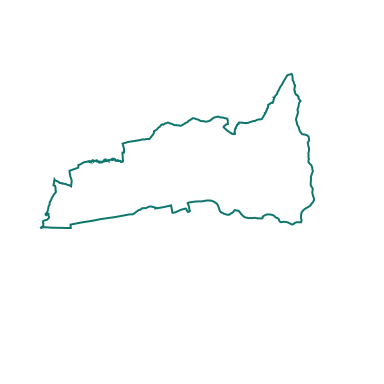 Arcus, Covasna, Romania, rotated 148°
{"feature_id": "2599482B44539906477830", "entity_name": "Arcus", "entity_type": "district", "adm_level": 2, "iso_a3": "ROU", "parent_name": "Romania", "parent_adm1": "Covasna", "projection": "mercator", "projection_center": [25.745, 45.912], "detail": "fine", "context": "isolated", "style": "outline", "palette": "teal", "viewbox_px": 384, "rotation_deg": 148, "n_neighbors": 0, "source": "geoboundaries", "source_scale": "gbopen_adm2", "svg_char_len": 6002}
<svg xmlns="http://www.w3.org/2000/svg" viewBox="0 0 384 384"><g transform="rotate(148 192 192)"><path d="M302.0,275.5L304.8,272.3L305.9,271.3L305.9,270.9L304.9,270.0L304.9,269.4L305.8,267.3L307.1,265.2L307.1,264.5L307.7,263.9L310.6,263.0L312.4,262.0L314.1,261.3L315.2,260.2L318.2,258.6L319.3,257.0L319.8,256.5L321.3,255.8L322.4,254.4L325.0,251.9L327.9,250.8L328.2,250.2L327.9,249.6L326.8,249.9L325.6,249.9L325.2,249.6L325.2,249.3L326.2,248.3L326.4,246.9L326.7,246.2L327.5,245.7L329.6,245.3L333.3,246.3L334.5,245.3L334.7,244.8L334.6,244.2L334.8,243.9L336.3,242.0L338.5,241.9L339.0,241.8L338.9,241.4L336.8,240.9L336.0,240.5L329.8,236.0L313.9,225.7L312.3,228.7L302.8,225.1L291.0,220.1L283.6,217.3L270.3,211.4L257.0,206.2L254.3,204.6L253.0,204.4L250.0,204.7L246.8,204.9L245.0,204.3L243.2,204.7L242.6,204.5L239.7,202.8L236.0,202.3L235.1,201.9L233.8,200.8L230.9,197.7L231.5,197.3L224.6,194.4L216.8,191.7L219.6,184.8L219.2,184.5L217.4,183.7L210.5,182.7L206.5,181.5L205.9,180.9L206.2,178.2L206.1,177.3L205.8,177.1L204.2,176.8L203.9,176.9L203.3,179.3L202.4,180.7L201.6,184.9L200.7,184.9L195.2,182.6L192.7,181.3L188.2,178.6L186.5,178.1L185.6,177.5L184.0,177.0L182.0,175.8L181.4,175.2L180.4,174.6L179.5,173.5L178.2,171.5L177.4,169.6L177.0,167.9L177.7,163.8L178.4,161.4L178.3,159.5L177.6,158.8L176.3,156.4L174.1,154.0L172.9,153.2L171.3,153.0L170.6,153.2L168.3,153.0L165.6,154.0L164.9,153.8L164.3,152.9L162.8,151.7L162.4,151.2L162.3,149.9L162.0,148.9L162.1,147.6L161.5,145.2L160.8,142.8L157.9,139.9L154.3,137.7L152.8,137.1L149.6,134.3L148.9,134.0L146.6,132.5L146.1,132.5L145.5,132.9L145.1,133.6L144.8,133.7L143.0,133.7L140.4,133.3L139.6,132.9L137.0,131.0L135.2,129.0L134.7,126.8L134.1,125.4L132.9,123.8L132.8,123.0L133.1,122.0L133.2,121.0L133.1,120.0L132.9,119.6L132.0,118.9L130.4,118.3L128.1,116.8L126.9,115.4L124.5,111.6L124.0,111.3L122.9,111.0L121.5,111.3L119.5,111.0L118.4,110.4L117.0,109.4L116.3,109.1L115.5,108.5L114.0,110.1L113.8,110.6L113.8,111.1L113.4,112.0L111.5,114.9L110.7,115.8L109.9,116.5L107.9,117.4L105.7,117.8L104.0,117.9L102.1,117.7L99.1,117.7L96.6,118.8L95.4,119.1L93.6,120.0L92.3,121.0L91.9,121.7L91.8,123.3L90.4,127.6L89.2,129.2L88.2,130.2L87.9,130.8L87.7,132.0L87.9,133.3L87.8,133.9L87.5,135.1L87.1,135.9L86.5,136.9L85.7,137.8L84.8,139.2L84.0,139.9L83.8,141.0L83.3,141.7L80.2,144.3L78.9,145.1L78.4,145.7L78.0,147.3L77.2,148.5L77.1,149.7L76.6,151.0L76.6,151.6L77.2,153.5L77.4,155.6L76.3,157.2L75.3,158.0L75.3,158.8L75.0,159.5L73.9,161.0L72.8,163.1L70.9,165.1L69.6,166.9L69.1,169.0L67.8,172.4L67.3,172.8L65.9,173.3L65.3,173.7L64.4,175.6L63.9,176.9L63.9,177.8L64.5,179.3L66.2,181.2L67.8,182.5L68.1,183.4L68.3,186.0L68.2,187.1L67.2,190.6L67.1,193.4L66.0,196.2L65.7,197.7L65.0,198.9L60.3,202.9L59.5,204.3L59.2,205.3L58.3,206.6L56.8,207.6L54.8,209.9L53.7,210.9L51.7,211.7L52.1,214.5L51.7,215.8L51.3,216.0L51.2,216.4L51.3,216.9L51.4,218.4L52.0,218.7L52.1,219.1L52.1,221.8L51.4,222.5L51.4,223.7L51.3,224.1L50.8,224.6L50.7,225.1L49.4,226.3L49.0,227.1L48.5,227.3L48.0,228.0L48.2,228.8L48.0,230.0L47.4,231.4L47.3,233.7L45.6,236.6L45.0,238.3L45.0,239.4L49.3,240.5L56.4,236.9L59.4,235.1L61.0,234.6L64.8,232.2L66.4,231.5L68.2,229.9L70.2,229.5L72.3,228.4L72.6,228.6L72.6,227.9L73.8,227.2L74.9,225.8L76.0,225.4L76.3,224.9L76.7,224.9L77.6,225.7L78.9,225.5L81.3,225.5L81.8,224.6L82.2,224.4L82.4,223.8L83.2,223.1L84.6,222.6L84.7,222.2L85.3,221.7L85.9,221.6L86.3,221.0L87.3,220.6L87.6,220.2L88.4,220.3L88.5,219.7L94.1,216.9L95.6,217.3L96.6,218.1L99.0,218.8L100.7,218.8L102.3,219.6L108.3,221.1L110.9,222.6L112.9,224.4L114.0,225.0L114.5,225.5L115.2,225.9L115.6,226.0L116.4,225.1L116.9,225.4L117.8,225.2L118.0,224.9L118.5,224.9L118.7,224.4L119.3,224.3L121.1,223.2L121.2,222.7L122.0,222.6L123.8,220.7L124.5,219.6L124.3,219.2L124.9,218.5L126.4,219.2L126.4,219.6L127.3,220.2L127.6,220.8L127.5,221.1L127.7,221.5L128.5,222.5L128.8,223.9L129.1,224.3L129.6,225.5L130.9,230.2L130.2,230.8L128.3,231.0L127.4,231.3L125.5,230.6L124.6,232.4L123.7,233.8L123.5,234.9L123.2,235.4L126.3,238.6L128.5,240.4L130.0,242.2L132.0,242.9L134.3,243.5L136.3,243.3L137.2,243.0L138.3,243.2L139.6,243.0L142.8,244.2L144.1,245.1L144.4,245.8L144.8,246.2L145.9,246.6L147.2,247.9L148.3,250.0L150.3,252.1L150.8,253.1L152.1,254.1L155.0,254.1L155.6,253.9L157.1,254.2L158.2,253.9L158.7,253.6L160.8,254.0L162.6,253.8L166.4,254.1L166.9,254.4L167.5,255.2L168.3,255.6L169.4,256.7L171.6,258.1L172.8,260.3L173.9,261.3L175.2,263.2L176.1,263.8L179.0,264.4L180.7,264.3L181.1,265.0L182.1,265.3L184.9,264.4L186.4,264.4L188.4,263.7L190.0,263.5L192.1,263.7L193.0,262.3L194.1,261.6L200.0,259.5L202.4,260.9L204.3,261.6L206.4,263.0L208.7,263.6L219.7,268.3L225.2,269.8L226.8,264.6L228.3,262.1L228.6,262.2L229.0,261.5L230.2,262.2L233.8,255.4L234.3,254.6L234.9,254.5L236.3,255.0L236.4,255.4L236.1,256.1L236.2,256.4L236.7,256.8L237.6,256.9L238.5,257.7L238.1,258.1L238.1,258.4L238.5,258.6L239.4,258.3L240.0,258.7L240.1,259.1L240.4,259.6L240.0,260.1L240.0,260.6L240.3,261.3L240.8,261.5L241.3,262.2L242.5,262.5L242.7,262.1L242.0,261.3L242.2,261.1L243.2,261.8L243.6,262.3L245.4,262.8L246.1,263.5L246.5,263.1L246.6,262.4L247.4,263.5L248.5,263.6L248.4,264.5L247.9,264.9L247.9,265.3L248.2,265.6L249.0,265.4L249.3,264.6L249.5,264.8L249.7,265.4L249.1,265.5L249.3,265.7L250.6,265.5L250.8,265.3L250.7,264.6L251.9,264.9L252.2,264.8L253.5,265.2L253.7,265.7L253.4,266.1L253.9,266.4L254.9,266.0L255.2,266.4L254.7,266.7L254.6,267.0L254.7,267.3L256.2,268.1L255.7,269.0L256.1,269.5L256.6,269.6L257.2,269.4L258.0,269.6L258.1,270.0L258.9,270.3L259.6,269.9L259.7,270.2L259.1,270.5L258.9,270.8L259.1,271.4L259.3,271.6L260.0,271.4L260.5,271.6L261.2,271.5L262.3,272.2L262.6,271.9L262.5,271.3L263.4,272.3L263.2,272.6L263.2,272.9L263.6,273.1L265.1,273.3L267.7,274.4L272.9,274.7L274.1,275.1L275.6,272.9L284.6,274.9L285.6,273.0L287.0,269.5L287.7,266.2L288.1,265.2L291.5,260.9L292.4,262.7L293.9,264.0L294.9,265.8L296.2,266.8L297.3,268.0L297.6,267.9L298.4,269.1L299.4,269.7L299.8,271.3L300.1,271.6L300.3,272.3L301.1,273.0L302.0,274.5L302.0,275.5Z" fill="none" stroke="#0f766e" stroke-width="2"/></g></svg>